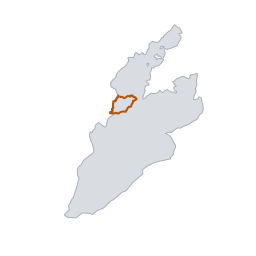 location of Kara-Kulja, Osh, Kyrgyzstan, rotated 137°
{"feature_id": "92254566B85310994889224", "entity_name": "Kara-Kulja", "entity_type": "district", "adm_level": 2, "iso_a3": "KGZ", "parent_name": "Kyrgyzstan", "parent_adm1": "Osh", "projection": "mercator", "projection_center": [74.361, 40.398], "detail": "medium", "context": "in_parent", "style": "outline", "palette": "amber", "viewbox_px": 256, "rotation_deg": 137, "n_neighbors": 0, "source": "geoboundaries", "source_scale": "gbopen_adm2", "svg_char_len": 5199}
<svg xmlns="http://www.w3.org/2000/svg" viewBox="0 0 256 256"><g transform="rotate(137 128 128)"><path d="M55.3,153.8L56.0,153.4L57.9,153.0L62.0,152.6L63.4,152.9L66.1,154.5L68.2,154.3L68.6,154.6L69.4,156.0L72.4,153.9L74.5,153.3L75.6,151.2L77.9,148.8L79.8,148.4L79.9,148.8L80.2,149.1L82.2,149.7L82.8,149.0L83.2,148.1L82.5,146.7L82.5,146.1L83.1,145.2L86.3,146.6L87.0,146.6L88.4,145.8L89.8,144.5L90.2,143.4L96.8,140.0L97.2,139.3L97.1,138.9L94.4,138.1L93.2,138.5L92.0,138.5L91.3,138.0L88.0,137.8L87.3,137.5L85.1,135.0L82.4,133.4L81.0,133.5L79.5,134.1L79.0,133.9L78.8,131.5L78.5,130.1L77.6,129.8L76.4,130.3L73.0,129.5L72.6,126.6L71.4,124.0L69.6,122.9L69.5,121.3L68.9,120.7L68.4,120.8L67.7,121.6L68.0,123.4L67.8,125.1L67.4,126.0L66.6,126.6L65.7,126.7L64.2,125.8L64.0,131.0L63.7,131.4L61.9,130.6L60.4,130.9L58.3,130.6L56.6,129.8L53.4,128.8L51.9,127.8L51.0,124.3L50.1,123.0L49.3,122.7L46.0,124.0L42.5,121.8L40.8,121.4L40.3,120.7L40.4,119.9L45.7,115.9L47.7,113.2L49.0,112.1L52.3,110.8L53.1,108.3L53.4,108.0L56.8,106.8L60.5,104.6L60.6,104.0L60.2,103.5L56.8,101.5L55.1,102.4L54.1,101.2L54.1,100.0L55.2,97.9L56.2,96.9L56.6,94.9L57.9,93.6L59.3,91.5L61.1,89.7L64.2,88.4L66.0,88.9L67.7,88.6L70.3,87.5L71.8,87.4L78.5,89.0L80.7,89.1L85.8,91.2L89.8,92.2L91.8,94.3L98.3,95.1L100.0,95.7L100.7,96.7L102.5,97.9L104.1,98.2L102.7,93.4L103.2,90.5L105.3,82.7L106.4,81.5L111.6,79.3L112.8,77.6L116.6,77.6L117.4,77.3L117.8,76.4L129.5,83.3L134.0,85.3L140.1,87.0L145.3,87.6L146.2,87.2L148.2,84.5L149.2,84.4L162.1,84.9L171.3,83.5L172.6,83.5L176.0,85.1L186.9,85.5L191.2,86.5L198.0,86.1L200.8,86.3L205.9,88.2L207.7,88.7L211.1,89.0L212.4,88.6L213.1,89.1L213.9,91.5L217.0,94.6L218.2,96.3L219.4,97.0L225.4,97.5L227.7,98.1L233.2,103.9L233.9,107.3L233.3,108.0L227.4,108.4L226.1,108.9L224.7,111.5L216.8,114.5L215.6,114.4L205.0,120.2L197.7,125.0L197.4,127.3L193.1,132.6L189.9,133.2L187.2,133.1L182.7,134.7L177.0,134.1L175.0,134.2L171.2,133.5L169.7,133.9L168.1,135.0L165.9,139.1L165.0,140.1L164.6,141.1L164.2,143.1L163.4,145.2L161.5,148.5L159.9,150.0L158.4,150.9L157.2,149.0L155.3,150.3L153.5,150.0L152.4,150.4L149.8,152.2L146.1,152.1L145.7,151.5L144.9,146.8L144.3,144.5L143.7,144.0L143.1,144.0L137.7,147.7L135.2,148.4L133.1,148.5L130.5,147.4L129.9,147.6L129.4,148.2L129.2,149.0L130.0,151.1L129.8,151.5L128.6,151.5L126.9,152.0L121.7,156.4L118.5,157.5L115.5,157.9L113.7,158.7L112.6,160.3L110.7,164.8L110.7,165.7L111.6,166.9L112.2,169.6L112.0,170.3L110.4,172.6L108.4,173.2L106.7,173.6L103.6,173.3L102.0,173.7L99.1,175.4L96.7,175.7L92.1,175.8L87.7,175.1L86.2,175.4L82.2,176.4L80.9,177.9L80.2,179.4L79.8,179.6L78.2,178.3L76.2,176.0L75.2,176.0L71.6,177.9L71.1,177.8L70.1,177.1L70.2,174.2L69.1,173.6L66.6,173.5L65.8,172.8L66.1,171.0L65.8,170.3L65.2,169.7L63.9,169.9L61.4,171.4L58.4,172.0L57.4,172.5L56.2,174.5L52.3,174.9L51.0,174.5L48.6,170.7L46.5,170.1L44.4,170.3L41.6,171.2L40.9,170.4L40.2,170.2L39.5,170.9L36.1,171.0L32.5,170.9L30.5,170.4L29.2,170.5L26.6,171.5L23.4,171.7L23.1,168.2L22.1,165.8L23.0,161.9L23.6,160.6L26.0,162.1L26.8,161.8L27.1,161.0L26.7,159.3L27.9,157.4L36.3,154.7L45.6,158.6L46.8,161.1L47.6,160.9L48.9,159.8L49.3,157.7L51.1,156.5L55.1,155.1L55.3,153.8ZM60.1,162.5L60.3,162.1L59.6,160.3L60.5,158.6L58.6,158.3L57.7,157.8L56.6,156.1L56.2,156.0L55.7,156.5L55.4,157.6L55.6,158.8L57.0,160.0L56.4,162.4L59.1,162.7L60.1,162.5ZM50.4,164.2L50.3,163.7L49.7,163.4L46.2,162.7L46.3,163.2L47.7,165.0L48.7,165.1L50.4,164.2ZM71.1,161.0L71.3,159.9L69.2,160.6L69.0,161.2L69.7,161.9L70.6,162.1L71.1,161.0Z" fill="#d9dde1" stroke="#a8b0b8" stroke-width="1"/><path d="M114.2,158.0L114.0,157.8L114.6,157.3L114.8,157.4L114.9,157.5L115.0,157.7L115.1,157.8L115.5,157.7L115.9,157.6L115.9,157.4L116.0,157.3L116.0,157.2L116.6,157.2L116.8,157.0L116.9,156.9L117.0,156.9L117.4,156.8L117.6,156.8L117.7,156.7L117.9,156.7L118.0,156.6L118.2,156.8L118.5,156.7L118.8,156.4L118.9,156.6L118.9,156.8L119.2,157.2L119.4,157.2L119.7,156.9L119.8,157.0L120.0,157.2L120.1,157.3L120.3,157.4L120.6,157.3L120.7,157.2L120.9,157.2L121.0,156.9L121.3,156.8L121.4,156.7L121.5,156.6L121.6,156.4L121.8,156.4L122.0,156.2L122.5,155.9L122.7,155.6L122.9,155.3L123.1,155.2L123.4,154.7L123.9,154.5L124.2,154.2L124.4,153.8L124.5,153.6L124.6,153.3L124.8,153.2L125.0,153.0L125.1,152.8L125.2,152.7L125.3,152.7L125.5,152.6L125.9,152.7L126.1,152.8L126.2,153.0L126.5,152.9L126.7,152.7L127.0,152.5L126.9,152.4L127.2,151.9L127.3,151.6L127.3,151.3L127.2,151.3L127.2,151.2L127.5,151.0L128.0,151.1L128.2,150.9L128.5,151.1L128.8,151.0L129.0,150.9L129.3,151.0L130.0,151.7L130.9,151.2L130.0,149.6L129.3,149.1L128.9,148.7L128.5,148.6L127.1,147.3L126.5,147.4L125.7,146.0L125.1,145.1L122.8,144.8L120.8,143.8L119.8,142.9L118.6,141.5L117.5,142.1L116.3,142.1L114.4,142.9L112.8,142.9L112.5,142.3L111.1,141.6L109.3,142.8L108.2,142.9L106.9,143.5L105.9,144.4L105.2,144.2L104.8,143.6L103.5,143.6L102.3,143.2L101.8,143.8L102.0,144.8L101.7,145.4L102.0,145.9L102.9,146.8L102.9,147.4L102.6,148.3L102.9,148.3L103.3,148.5L103.4,149.5L104.2,150.1L104.8,150.2L105.2,149.8L105.8,150.7L106.2,151.4L107.0,151.8L108.6,151.9L109.9,152.1L110.6,152.9L110.8,153.9L110.9,154.6L111.6,155.1L112.2,155.7L112.3,156.2L113.2,157.3L113.2,158.0L113.4,157.8L113.9,157.7L114.2,158.0Z" fill="none" stroke="#b45309" stroke-width="2"/></g></svg>